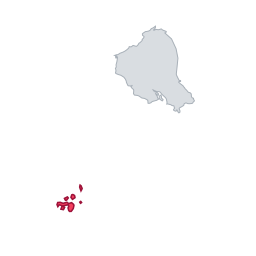 where Galápagos sits in Ecuador, rotated 298°
{"feature_id": "ECU-1270", "entity_name": "Galápagos", "entity_type": "Province", "adm_level": 1, "iso_a3": "ECU", "parent_name": "Ecuador", "parent_adm1": "", "projection": "robinson", "projection_center": [-90.747, 0.131], "detail": "coarse", "context": "in_parent", "style": "filled", "palette": "rose", "viewbox_px": 256, "rotation_deg": 298, "n_neighbors": 0, "source": "natural_earth", "source_scale": "10m", "svg_char_len": 4261}
<svg xmlns="http://www.w3.org/2000/svg" viewBox="0 0 256 256"><g transform="rotate(298 128 128)"><path d="M230.8,104.4L230.1,104.9L228.4,105.1L227.0,104.6L226.5,104.6L226.4,105.1L228.2,106.4L229.0,108.7L230.3,110.1L231.0,110.7L231.1,111.2L230.8,112.1L230.8,112.9L231.2,116.4L230.9,116.6L229.9,116.6L229.2,116.0L227.1,124.6L220.6,133.2L213.1,139.3L204.6,142.8L198.3,145.3L197.3,146.2L194.2,150.5L194.1,151.0L194.5,151.7L194.5,152.2L194.1,152.5L193.7,152.5L193.5,152.3L193.4,151.7L192.9,151.2L192.4,151.1L192.2,151.2L192.1,151.7L191.5,154.0L191.5,155.1L191.2,155.6L191.2,156.6L190.6,157.5L190.1,159.1L189.6,159.6L188.9,162.0L187.9,164.4L187.9,165.2L188.2,165.8L188.3,166.3L187.8,167.8L185.6,169.2L185.1,169.9L184.8,170.7L185.0,171.4L184.9,172.0L184.2,172.2L183.5,173.6L182.9,173.9L181.5,173.4L180.5,173.4L179.7,173.0L178.2,170.7L177.6,169.3L177.4,167.4L175.9,166.2L173.9,166.6L173.3,166.1L171.8,165.3L170.6,164.4L169.6,164.0L168.9,164.2L167.7,165.7L166.5,166.4L166.0,166.3L165.3,165.9L165.2,165.4L166.9,162.7L165.7,162.7L165.2,162.1L165.2,161.5L165.0,160.8L165.2,159.9L165.9,159.5L166.9,159.8L167.6,159.8L168.0,159.0L168.9,158.4L169.1,158.0L168.6,156.7L168.5,156.1L168.6,155.7L168.6,154.3L168.3,153.7L168.3,153.0L168.0,152.5L167.9,151.6L167.3,151.1L169.4,150.2L170.1,149.4L171.1,148.8L171.9,147.8L172.4,146.8L173.6,142.4L174.8,139.5L174.6,138.2L173.7,136.4L173.4,133.7L173.5,132.9L173.4,132.3L172.8,133.4L172.9,137.3L172.4,139.1L171.6,139.5L171.0,139.2L171.3,136.3L170.8,136.9L169.8,138.8L168.3,140.3L168.2,140.8L167.8,141.4L166.7,140.8L165.8,140.2L162.8,137.0L160.9,136.3L159.7,135.1L159.5,134.7L159.3,134.0L160.5,133.3L161.8,132.4L161.9,130.4L161.9,128.8L161.0,126.1L161.4,122.5L161.2,121.1L160.1,118.2L160.9,116.7L163.6,115.6L164.5,114.9L165.1,112.6L165.8,111.2L167.0,111.7L167.9,111.7L166.7,111.2L165.6,109.0L165.4,108.1L167.5,105.2L168.5,104.5L169.8,102.9L170.9,100.6L171.2,97.0L170.7,94.4L170.4,91.7L171.0,91.0L172.7,90.6L174.0,89.7L174.7,88.9L176.3,89.0L178.2,87.8L181.2,87.1L185.3,85.7L186.2,84.4L185.8,82.1L187.3,83.5L188.0,84.6L190.2,85.8L192.7,88.0L194.3,89.1L196.2,90.1L198.8,91.1L200.4,90.9L201.0,92.5L201.6,93.0L203.1,93.6L203.3,93.8L203.9,96.8L204.2,97.2L205.5,97.7L207.1,97.9L207.8,97.8L209.2,98.6L211.4,99.3L212.1,99.4L212.5,99.3L212.6,99.0L213.3,99.0L214.2,99.4L215.6,99.5L216.4,99.1L216.6,97.5L216.9,97.1L217.9,96.5L218.4,96.6L220.9,97.9L221.5,98.4L222.1,99.3L223.3,100.7L224.6,101.6L226.6,101.9L228.5,103.4L230.8,104.4ZM29.8,102.5L30.6,103.4L31.0,106.0L33.5,108.8L33.8,110.3L33.6,111.0L33.7,111.3L34.9,112.4L35.7,113.5L34.4,116.2L31.6,117.4L28.6,117.3L28.0,117.0L27.1,116.0L27.0,115.1L27.5,114.2L29.0,112.9L31.4,111.7L31.7,110.8L30.7,109.9L30.1,108.2L28.6,106.9L27.8,103.2L27.3,103.0L26.3,103.5L25.8,103.1L25.7,102.8L26.8,102.0L27.0,101.3L28.7,101.1L29.4,101.5L29.8,102.5ZM41.6,113.8L40.9,113.8L39.0,112.5L39.1,111.1L39.9,110.2L42.4,109.7L43.5,110.6L43.4,112.2L42.5,113.4L41.8,113.6L41.6,113.8ZM169.7,145.2L169.5,145.7L168.3,145.7L168.0,145.5L168.3,142.9L168.6,142.0L169.6,141.2L170.4,140.8L171.4,140.9L172.6,141.6L171.2,143.0L170.2,143.3L169.7,145.2ZM27.9,109.4L26.6,109.6L25.5,109.2L25.1,108.4L25.0,107.3L25.1,106.9L27.4,106.5L28.2,107.4L28.2,108.8L27.9,109.4ZM53.1,115.8L51.6,116.4L50.8,115.8L50.7,115.5L51.5,114.6L52.3,114.1L53.0,113.1L54.4,112.5L54.7,112.7L55.0,112.9L55.1,113.2L54.7,114.0L53.9,114.6L53.1,115.8ZM38.6,107.6L38.0,108.0L35.6,107.5L34.9,106.7L35.5,105.6L36.0,105.1L37.4,105.5L38.8,106.8L38.6,107.6ZM40.5,121.9L40.0,121.9L39.3,121.3L39.8,120.2L40.8,120.8L41.0,121.2L40.5,121.9ZM185.2,85.0L184.5,85.1L184.1,84.4L185.0,83.6L185.3,83.5L185.2,85.0Z" fill="#d9dde1" stroke="#a8b0b8" stroke-width="1"/><path d="M35.6,113.2L35.0,115.9L34.1,116.7L31.2,117.5L27.7,117.0L26.9,115.6L27.4,114.3L29.3,112.6L31.2,112.5L32.1,111.1L28.5,106.9L27.9,103.2L25.6,103.0L27.0,101.3L29.2,100.9L30.6,103.0L31.0,106.1L33.8,108.9L33.3,111.1L35.6,113.2ZM43.4,110.5L43.3,112.5L41.6,113.9L38.9,112.5L40.0,110.2L42.5,109.7L43.4,110.5ZM28.2,109.3L25.6,109.3L24.8,106.9L27.5,106.5L28.2,107.2L28.2,109.3ZM53.2,113.0L55.1,112.5L54.9,113.7L53.1,115.9L50.4,116.0L53.2,113.0ZM38.7,106.9L38.2,108.1L35.5,107.7L34.8,106.7L36.0,104.9L38.7,106.9ZM41.0,120.7L40.4,122.0L39.2,121.4L39.9,120.2L41.0,120.7Z" fill="#f43f5e" stroke="#9f1239" stroke-width="1.5"/></g></svg>